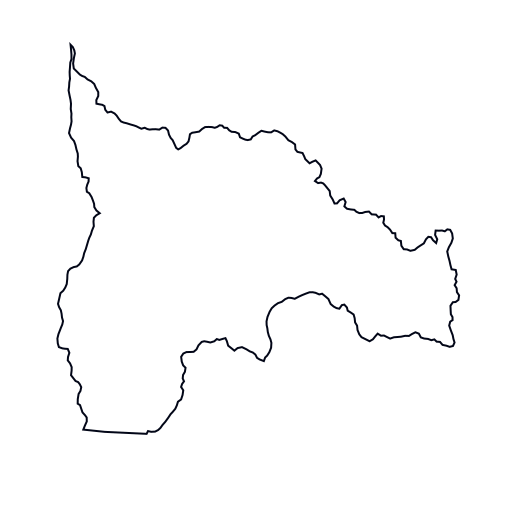 Monte Azul, Minas Gerais, Brazil, rotated 186°
{"feature_id": "56859067B54677813263990", "entity_name": "Monte Azul", "entity_type": "district", "adm_level": 2, "iso_a3": "BRA", "parent_name": "Brazil", "parent_adm1": "Minas Gerais", "projection": "equal_earth", "projection_center": [-42.986, -15.214], "detail": "fine", "context": "isolated", "style": "outline", "palette": "ink", "viewbox_px": 512, "rotation_deg": 186, "n_neighbors": 0, "source": "geoboundaries", "source_scale": "gbopen_adm2", "svg_char_len": 5382}
<svg xmlns="http://www.w3.org/2000/svg" viewBox="0 0 512 512"><g transform="rotate(186 256 256)"><path d="M298.1,380.4L301.1,380.2L303.2,382.1L305.8,382.2L308.1,380.3L310.4,379.2L313.3,379.6L316.6,379.4L320.1,378.9L322.9,376.7L325.5,373.8L329.7,372.6L332.4,371.9L334.4,370.2L334.6,366.8L335.1,362.9L336.8,360.3L339.5,358.2L342.3,355.4L344.5,353.9L346.7,355.2L348.8,358.8L351.0,362.5L353.2,364.5L355.2,367.6L356.6,371.6L359.4,374.0L362.5,373.9L365.4,371.6L369.1,371.6L372.2,371.2L375.1,370.6L377.4,370.9L380.1,371.9L383.3,370.6L386.2,371.6L388.5,372.5L391.1,373.1L394.6,373.7L398.5,374.5L401.6,374.9L404.3,375.7L406.8,378.1L409.3,381.1L411.6,383.0L415.2,384.4L418.7,383.2L421.2,385.7L422.4,389.3L424.7,390.3L427.6,390.5L430.6,390.8L431.1,394.4L429.6,398.6L430.0,402.5L432.9,406.6L434.9,410.2L438.1,412.5L442.0,414.0L445.0,416.2L447.8,416.9L450.1,418.0L453.3,420.6L456.8,423.4L458.0,428.3L457.8,433.8L457.3,438.5L458.2,441.5L460.0,444.6L462.5,446.7L461.5,441.9L460.6,437.1L460.1,432.5L460.9,429.0L460.7,423.5L460.6,419.6L460.1,416.0L459.5,412.8L459.8,409.2L459.6,404.9L459.7,401.1L458.2,396.2L456.8,391.9L455.9,388.1L455.6,382.8L454.4,378.3L454.2,374.7L453.5,370.6L453.7,367.3L454.3,363.6L454.8,358.7L452.3,354.4L449.0,351.3L447.2,347.6L445.7,343.2L444.0,339.3L443.5,336.2L443.4,331.6L442.1,326.8L439.5,324.9L438.0,321.2L437.0,316.4L433.8,316.4L430.5,315.8L430.3,312.5L431.3,309.3L431.8,305.9L430.9,302.2L428.4,301.0L425.7,297.5L423.8,293.8L422.5,291.0L421.9,287.7L419.5,284.6L415.9,282.2L419.1,279.8L421.2,277.1L421.2,273.1L420.4,268.7L421.8,264.0L422.5,260.1L423.7,256.7L424.4,253.8L425.1,250.0L426.0,245.1L427.2,240.8L427.6,237.3L428.5,233.4L430.9,229.1L433.1,226.9L436.2,225.9L439.3,224.0L441.3,221.3L441.6,217.7L441.3,213.4L441.3,208.3L442.4,204.7L444.1,201.3L446.6,198.6L447.3,192.7L447.9,187.7L446.5,184.6L444.4,181.6L443.3,178.2L442.5,174.5L441.1,171.1L441.5,167.6L442.5,164.3L443.3,161.3L444.3,157.7L444.9,153.2L444.0,148.4L442.5,144.8L438.9,143.9L436.4,143.8L433.5,143.9L431.5,140.2L432.4,135.9L432.3,132.5L429.7,129.8L427.7,126.2L427.4,122.7L427.5,118.1L425.0,115.5L422.4,112.8L419.7,112.0L417.8,110.0L416.1,107.3L416.5,103.4L418.0,100.3L418.3,95.0L417.9,90.5L415.4,89.3L414.0,86.2L412.2,82.3L409.4,79.8L407.5,77.7L407.0,73.8L408.5,69.2L409.6,65.3L388.0,65.3L346.2,67.7L345.1,70.6L341.9,70.2L338.0,70.8L335.1,72.7L333.1,75.0L331.3,78.2L328.9,81.6L326.3,86.1L324.4,89.8L322.7,92.0L320.3,95.6L319.1,99.2L318.4,102.9L315.5,105.5L314.5,110.1L314.3,114.8L316.8,117.9L316.1,121.1L314.5,123.8L316.1,126.6L316.1,130.1L314.6,133.4L314.4,137.5L317.0,139.6L318.8,143.2L319.9,147.9L318.1,151.4L315.1,153.2L311.7,153.6L308.0,154.2L305.4,156.9L303.9,161.1L301.0,164.9L298.6,165.8L295.7,165.6L292.4,165.2L288.6,166.8L286.3,169.3L283.7,168.7L280.2,170.2L277.8,171.1L276.1,168.3L274.3,163.9L270.5,161.5L267.6,159.6L264.7,162.5L260.4,163.9L255.7,162.2L252.2,160.5L249.1,159.7L246.3,157.9L244.3,154.8L241.6,153.5L237.2,152.3L236.3,156.0L234.5,158.1L232.7,161.7L231.4,166.3L231.6,171.2L232.9,174.6L234.9,178.0L236.3,181.6L237.2,185.4L238.2,188.4L238.7,192.1L238.2,196.6L236.6,202.0L234.9,205.7L232.3,208.7L229.2,211.4L225.6,213.1L222.4,216.2L219.4,217.9L216.5,218.0L213.0,217.5L209.1,220.1L205.9,222.0L202.5,223.8L199.0,225.5L195.8,225.9L192.9,225.6L189.1,224.4L186.3,225.4L183.1,223.3L179.5,220.8L176.7,216.0L173.4,213.8L170.5,212.6L167.6,212.3L165.5,216.1L163.1,216.9L160.2,214.3L159.1,211.2L156.1,209.8L152.8,208.0L151.4,204.5L150.5,200.3L148.2,197.3L147.3,193.0L145.1,188.9L142.6,186.3L138.6,184.8L134.1,183.1L131.0,185.4L129.1,188.4L126.9,191.5L123.4,189.8L120.4,190.3L117.3,189.1L114.0,187.9L110.3,189.6L106.4,190.3L103.3,190.9L99.4,192.2L95.5,192.5L92.9,194.6L89.5,196.8L85.9,195.8L83.6,192.3L80.2,191.5L76.2,191.5L72.8,190.6L69.9,191.7L67.4,189.7L64.0,189.8L61.2,187.1L57.3,186.7L53.9,185.9L50.7,187.1L49.5,190.7L51.0,194.2L52.1,197.8L54.5,202.5L56.6,207.0L56.0,211.0L53.8,212.8L54.2,215.8L56.1,218.4L56.7,222.1L57.4,226.8L55.4,230.6L52.7,231.1L50.1,233.5L49.9,238.1L52.4,241.1L53.1,244.9L55.4,247.8L53.9,251.4L55.5,254.0L54.5,258.5L55.9,263.0L60.1,263.2L61.7,267.3L63.0,271.3L64.7,275.6L66.3,280.5L65.1,284.9L63.1,289.5L62.1,294.0L63.3,298.9L65.6,302.3L68.5,302.5L70.8,300.3L73.7,300.8L76.7,300.3L80.0,300.1L80.1,295.7L77.5,291.6L78.2,287.7L81.6,290.2L83.9,293.0L86.6,293.1L88.7,290.4L90.4,286.1L93.8,283.4L96.2,281.4L98.8,278.7L103.0,277.3L106.5,278.3L109.8,278.2L112.5,281.4L113.5,286.1L116.1,286.5L119.1,288.8L119.9,293.2L122.8,293.0L125.4,296.2L128.1,298.4L130.9,299.8L132.9,302.4L132.5,305.6L133.0,308.8L135.8,308.8L138.1,307.2L141.0,309.7L145.3,309.5L148.3,312.0L152.0,311.2L154.8,309.9L157.8,309.5L160.8,310.5L163.0,312.2L166.7,312.2L170.4,312.5L173.3,314.6L172.5,319.0L174.8,322.3L178.6,320.2L180.9,316.8L183.4,316.4L185.6,320.2L188.5,323.9L189.5,328.3L192.1,330.9L194.8,333.6L196.7,335.2L199.0,335.8L201.9,335.0L205.2,336.7L203.4,339.5L201.2,341.0L200.1,344.4L199.9,349.7L201.8,353.2L203.8,354.9L206.7,357.3L209.8,355.6L212.4,353.8L214.7,355.6L217.1,357.5L218.6,360.3L220.5,363.3L223.2,363.6L225.7,363.9L227.9,366.1L228.8,371.0L232.3,373.1L235.9,374.5L239.3,377.9L242.2,380.0L244.6,381.1L247.6,382.3L251.0,382.8L253.8,380.6L256.8,380.3L260.3,380.6L263.7,381.1L266.4,378.9L269.5,376.0L271.9,374.5L273.4,371.4L276.4,370.4L278.8,370.6L281.2,371.3L284.3,372.4L285.9,375.9L289.5,377.1L293.3,377.0L295.8,378.2L298.1,380.4Z" fill="none" stroke="#020617" stroke-width="2"/></g></svg>